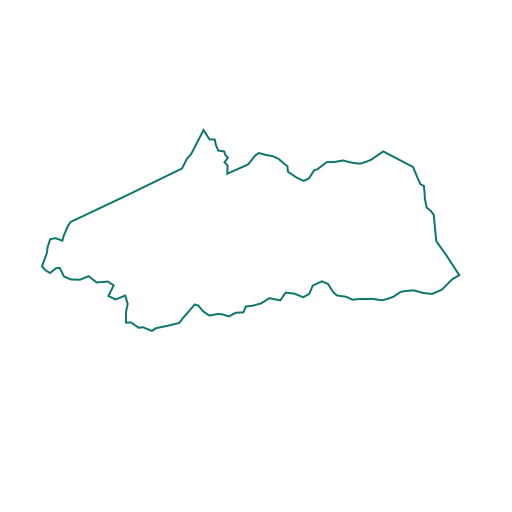 Itapetim, Pernambuco, Brazil (orthographic projection), rotated 144°
{"feature_id": "56859067B43341835432659", "entity_name": "Itapetim", "entity_type": "district", "adm_level": 2, "iso_a3": "BRA", "parent_name": "Brazil", "parent_adm1": "Pernambuco", "projection": "orthographic", "projection_center": [-37.138, -7.385], "detail": "fine", "context": "isolated", "style": "outline", "palette": "teal", "viewbox_px": 512, "rotation_deg": 144, "n_neighbors": 0, "source": "geoboundaries", "source_scale": "gbopen_adm2", "svg_char_len": 1668}
<svg xmlns="http://www.w3.org/2000/svg" viewBox="0 0 512 512"><g transform="rotate(144 256 256)"><path d="M197.8,160.5L186.6,152.5L179.9,146.0L173.5,143.6L168.8,142.3L159.9,141.9L155.6,139.8L148.5,135.4L142.2,127.5L135.8,121.8L125.4,119.5L116.2,121.0L110.7,121.8L102.8,121.0L101.5,146.9L101.5,151.4L101.5,161.9L88.0,184.9L88.1,189.6L89.5,194.9L85.6,203.3L83.2,206.9L79.0,213.9L80.8,217.6L79.5,223.6L76.7,235.8L91.6,265.8L106.3,266.2L111.3,267.4L117.6,269.6L121.0,272.6L124.9,276.6L129.4,282.1L137.9,286.3L143.4,290.3L155.4,290.1L158.6,291.2L167.6,287.6L173.3,288.8L177.1,295.6L180.6,305.5L177.9,310.1L179.2,315.0L180.6,321.2L183.7,326.8L188.9,332.3L193.1,337.6L197.2,337.8L208.6,334.7L230.9,339.5L225.7,346.0L226.4,350.3L221.0,352.0L221.4,355.7L220.3,359.4L224.6,363.4L223.1,369.7L220.9,374.5L225.1,377.6L224.4,388.7L248.7,376.5L254.6,375.3L264.5,370.3L313.5,379.0L325.5,381.1L385.8,392.5L390.3,391.0L399.6,385.4L403.7,382.2L407.6,388.2L412.6,390.6L419.1,385.9L424.0,380.9L435.3,373.4L434.7,368.4L432.7,363.3L424.8,363.6L421.8,361.8L423.4,352.2L419.5,345.8L412.4,340.3L403.3,338.1L400.5,328.3L390.9,322.4L388.4,315.9L398.9,310.4L395.2,303.4L390.0,302.1L385.1,300.9L387.9,292.8L394.3,286.9L400.3,278.5L396.2,275.7L393.0,266.8L389.3,264.8L384.3,256.6L379.1,256.3L367.6,251.1L357.4,246.9L352.5,248.5L334.1,252.8L331.8,249.7L331.3,242.4L328.7,235.2L321.1,231.6L317.6,228.7L313.5,223.1L305.6,221.9L299.3,217.8L293.9,221.1L288.0,217.8L279.6,214.6L270.1,214.1L262.4,205.8L253.6,209.0L247.0,202.9L242.1,194.9L235.1,194.1L227.5,198.7L217.6,196.8L214.2,191.1L214.8,181.6L213.7,176.5L207.1,170.1L203.6,163.9L197.8,160.5Z" fill="none" stroke="#0f766e" stroke-width="2"/></g></svg>